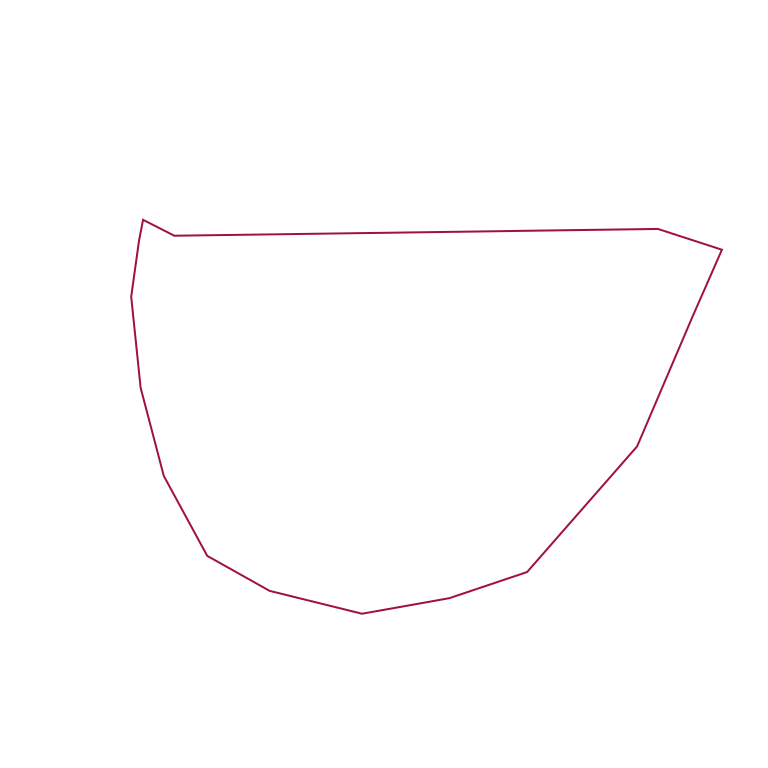 Kingston upon Hull, Mercator projection, rotated 198°
{"feature_id": "GBR-2055", "entity_name": "Kingston upon Hull", "entity_type": "Unitary Authority", "adm_level": 1, "iso_a3": "GBR", "parent_name": "United Kingdom", "parent_adm1": "", "projection": "mercator", "projection_center": [-0.364, 53.752], "detail": "fine", "context": "isolated", "style": "outline", "palette": "rose", "viewbox_px": 768, "rotation_deg": 198, "n_neighbors": 0, "source": "natural_earth", "source_scale": "10m", "svg_char_len": 358}
<svg xmlns="http://www.w3.org/2000/svg" viewBox="0 0 768 768"><g transform="rotate(198 384 384)"><path d="M663.9,465.7L629.3,460.2L171.5,616.1L104.1,616.1L111.5,542.2L124.0,402.9L189.8,249.4L255.7,200.5L334.0,158.7L428.8,151.9L499.0,165.9L565.0,228.5L614.3,305.2L651.4,388.9L661.2,444.1L663.9,465.7Z" fill="none" stroke="#9f1239" stroke-width="2"/></g></svg>